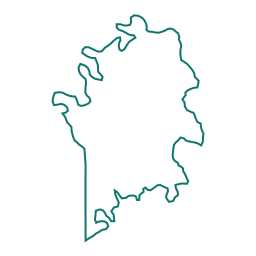 outline of Ipuaçu, Santa Catarina, Brazil
{"feature_id": "56859067B42484326505504", "entity_name": "Ipuaçu", "entity_type": "district", "adm_level": 2, "iso_a3": "BRA", "parent_name": "Brazil", "parent_adm1": "Santa Catarina", "projection": "robinson", "projection_center": [-52.479, -26.688], "detail": "fine", "context": "isolated", "style": "outline", "palette": "teal", "viewbox_px": 256, "rotation_deg": 0, "n_neighbors": 0, "source": "geoboundaries", "source_scale": "gbopen_adm2", "svg_char_len": 3020}
<svg xmlns="http://www.w3.org/2000/svg" viewBox="0 0 256 256"><path d="M141.8,17.6L138.4,15.8L134.0,15.4L130.8,17.6L131.1,22.1L130.1,24.8L126.6,25.6L123.8,25.4L120.5,24.3L116.7,24.2L116.7,27.5L118.8,29.6L123.0,31.3L125.8,32.7L128.6,34.4L131.4,35.2L133.9,35.3L135.4,37.7L132.2,39.8L129.2,41.7L126.9,45.0L124.5,49.0L121.7,50.9L119.5,49.4L118.7,45.8L119.1,43.1L120.4,40.2L120.0,37.3L117.2,37.9L113.8,40.6L111.0,43.4L108.3,45.5L104.6,48.0L101.9,51.2L98.4,51.7L95.2,50.4L91.9,48.7L88.7,47.3L85.2,47.2L82.9,49.4L82.2,52.9L87.3,56.4L91.4,57.9L95.1,58.0L96.5,61.3L97.9,65.0L98.1,69.0L98.2,71.9L100.8,74.6L102.6,76.7L101.8,80.1L98.0,79.4L95.1,78.8L92.2,77.0L89.8,74.7L89.4,71.5L87.9,68.0L85.0,65.6L80.4,63.9L78.5,67.7L79.2,71.6L80.4,74.1L82.4,76.3L85.5,79.1L86.1,82.4L85.6,86.4L85.3,92.1L86.7,95.4L89.4,97.8L90.5,101.2L88.4,103.5L85.4,104.9L81.4,106.0L78.4,104.8L77.4,102.0L76.4,99.0L75.0,96.5L72.5,96.4L70.0,96.0L66.8,94.8L62.2,92.5L58.1,92.3L54.7,92.9L53.3,96.8L52.5,101.0L54.0,105.1L57.9,104.6L61.3,103.9L64.2,104.8L67.1,107.3L67.9,110.8L65.3,112.8L62.5,113.4L64.9,116.6L66.2,119.7L67.2,122.3L69.3,124.5L71.5,127.1L71.5,130.3L72.1,133.1L73.2,137.0L74.7,140.6L77.2,142.5L79.3,144.7L81.8,146.4L84.4,148.7L85.6,164.7L85.5,181.4L85.5,185.8L85.5,193.0L85.5,207.8L85.6,240.6L89.9,237.7L93.0,236.1L96.0,233.5L99.0,232.0L102.1,229.8L106.0,229.1L108.3,226.2L106.9,222.9L104.5,221.5L102.0,221.2L98.9,221.5L96.2,222.7L95.0,219.6L95.5,215.1L95.8,210.8L99.9,209.4L103.2,210.5L104.7,212.6L106.3,215.8L109.2,218.0L111.2,221.2L114.3,221.2L113.9,217.5L113.5,214.5L111.3,211.4L113.9,207.5L117.9,206.4L118.8,202.5L116.9,198.4L115.1,193.6L114.8,190.5L117.7,192.6L119.9,196.0L121.9,198.4L126.2,197.8L128.3,196.0L131.2,195.5L133.8,195.5L136.0,196.6L136.9,199.9L139.2,200.0L139.5,195.2L141.5,193.3L143.5,192.0L143.3,188.9L145.5,187.6L147.6,189.8L150.4,190.3L153.0,188.6L155.3,186.9L157.4,185.3L160.3,185.0L162.8,186.3L164.9,187.3L167.6,188.3L168.0,191.3L166.8,193.9L166.0,197.4L168.9,201.8L173.1,201.1L174.9,197.4L177.9,195.2L177.8,192.0L175.9,188.2L175.4,185.1L178.6,184.1L182.0,183.5L186.8,183.8L188.2,181.3L186.5,177.5L184.9,173.9L183.2,171.1L183.0,168.4L181.2,166.7L178.7,165.7L177.8,162.8L175.0,161.0L173.2,158.7L172.7,155.8L173.0,152.1L173.4,148.1L174.0,144.7L175.8,142.5L178.4,140.1L180.6,137.5L183.9,138.4L185.9,140.5L188.5,141.3L191.5,141.9L194.9,142.5L198.0,143.5L201.2,145.4L202.8,141.7L203.0,137.3L203.5,133.6L201.7,129.9L200.9,126.6L200.6,123.5L197.4,122.0L195.7,118.5L194.9,115.9L193.5,112.8L190.9,111.9L187.1,110.1L184.9,106.7L184.5,102.3L182.4,99.4L183.9,97.3L185.6,95.3L185.4,92.5L187.4,90.6L190.3,89.1L193.6,87.9L197.3,87.4L198.2,84.1L198.6,80.6L194.9,77.0L194.1,73.1L192.5,70.2L189.5,66.5L187.1,63.9L184.4,62.0L181.2,60.1L180.7,56.9L180.3,53.6L180.5,49.7L181.3,45.5L180.1,42.0L178.9,39.6L179.3,37.0L178.1,33.3L175.7,31.5L173.6,29.6L170.9,28.6L168.4,28.8L164.9,30.6L161.7,31.9L158.5,32.7L155.7,32.5L152.4,31.9L148.5,31.5L146.4,29.8L146.8,26.9L146.1,23.7L144.0,19.8L141.8,17.6Z" fill="none" stroke="#0f766e" stroke-width="2"/></svg>